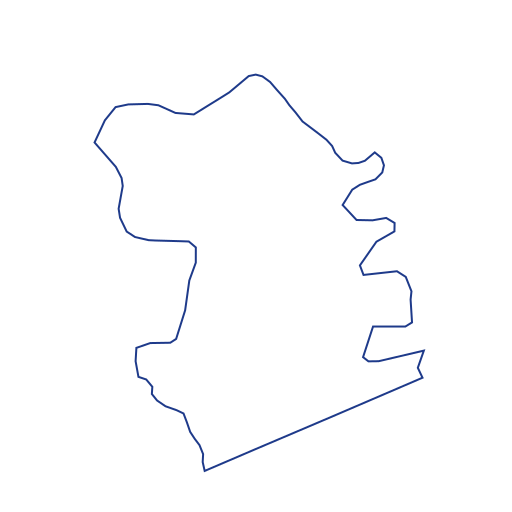 Nova Roma do Sul, Rio Grande do Sul, Brazil, rotated 161°
{"feature_id": "56859067B38102631450434", "entity_name": "Nova Roma do Sul", "entity_type": "district", "adm_level": 2, "iso_a3": "BRA", "parent_name": "Brazil", "parent_adm1": "Rio Grande do Sul", "projection": "mercator", "projection_center": [-51.414, -28.994], "detail": "fine", "context": "isolated", "style": "outline", "palette": "blue", "viewbox_px": 512, "rotation_deg": 161, "n_neighbors": 0, "source": "geoboundaries", "source_scale": "gbopen_adm2", "svg_char_len": 1297}
<svg xmlns="http://www.w3.org/2000/svg" viewBox="0 0 512 512"><g transform="rotate(161 256 256)"><path d="M138.2,86.7L139.4,97.6L128.1,111.9L174.3,116.6L184.0,119.8L187.7,125.5L168.3,151.2L137.7,140.7L130.1,142.4L124.0,164.5L120.5,172.0L121.2,187.5L127.7,195.7L160.5,203.1L160.8,213.3L137.5,230.3L117.1,234.2L114.2,242.1L120.5,249.6L134.2,251.8L149.2,257.3L157.5,276.0L143.4,287.4L134.6,289.5L125.7,289.6L118.1,289.6L109.4,293.9L105.5,300.1L105.5,308.0L110.0,315.3L122.0,310.6L128.8,310.6L135.1,312.3L143.1,318.0L147.5,327.8L148.2,335.2L151.5,342.9L157.5,352.1L168.2,368.0L171.9,378.9L175.4,387.8L177.5,395.2L182.3,406.6L186.0,415.9L191.5,423.8L197.2,427.6L204.3,428.5L228.0,419.4L234.8,417.8L268.7,410.1L285.6,417.5L299.2,430.3L308.7,435.0L327.4,440.9L340.3,442.5L354.7,433.5L371.7,415.9L359.5,385.9L357.7,373.5L359.2,365.6L370.5,345.4L372.1,336.4L370.3,321.2L364.2,313.3L352.3,305.9L345.8,303.3L322.9,294.7L314.8,291.6L310.1,283.7L315.1,269.3L327.0,254.6L340.7,227.7L358.5,203.6L365.3,201.9L384.3,208.1L399.0,208.1L404.1,195.7L406.5,180.0L400.0,175.0L396.6,166.1L399.4,159.4L396.6,151.6L390.5,143.4L381.2,136.0L375.8,130.7L375.5,121.3L375.5,111.1L373.4,102.9L371.0,95.6L370.5,85.9L373.5,78.5L374.5,69.5L319.9,73.5L232.4,79.7L138.2,86.7Z" fill="none" stroke="#1e3a8a" stroke-width="2"/></g></svg>